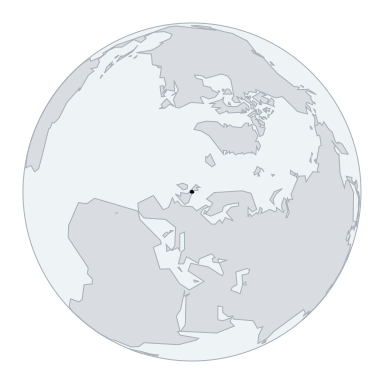 Scottish Borders highlighted on a globe, orthographic projection, rotated 63°
{"feature_id": "GBR-2026", "entity_name": "Scottish Borders", "entity_type": "Unitary District", "adm_level": 1, "iso_a3": "GBR", "parent_name": "United Kingdom", "parent_adm1": "", "projection": "orthographic", "projection_center": [-2.709, 55.532], "detail": "fine", "context": "on_globe", "style": "filled", "palette": "ink", "viewbox_px": 384, "rotation_deg": 63, "n_neighbors": 0, "source": "natural_earth", "source_scale": "10m", "svg_char_len": 10815}
<svg xmlns="http://www.w3.org/2000/svg" viewBox="0 0 384 384"><g transform="rotate(63 192 192)"><circle cx="192" cy="192" r="169" fill="#eef3f6" stroke="#a8b0b8"/><path d="M29.4,237.8L27.4,229.7L27.5,227.6L26.6,222.2L29.6,222.9L30.2,212.7L29.5,208.5L27.9,208.3L26.8,192.3L28.3,182.3L34.4,137.2L37.1,130.4L40.4,125.4L58.9,97.1L43.3,117.5L47.3,109.8L53.7,100.6L53.9,101.5L63.2,91.3L69.1,84.0L82.4,74.3L96.4,71.5L92.3,74.7L96.1,74.0L101.6,70.1L104.3,67.7L125.0,62.2L144.1,53.3L147.4,48.7L148.9,51.4L153.2,41.7L161.7,37.1L153.7,43.6L154.2,45.3L160.9,42.6L162.8,43.8L167.2,43.3L168.9,45.1L164.1,49.1L165.1,50.4L169.8,48.5L174.5,49.3L167.4,51.9L174.9,53.7L168.2,61.4L148.1,68.1L146.0,74.9L129.6,88.8L132.7,89.4L128.5,95.5L130.5,98.6L126.9,100.6L131.7,101.4L134.6,99.0L137.6,98.6L139.1,100.3L134.8,103.0L133.4,102.6L132.9,104.3L130.1,105.0L132.3,105.6L126.8,108.9L134.3,108.2L131.8,113.0L127.6,114.5L125.3,111.0L109.9,106.6L104.9,107.6L100.2,112.3L97.0,127.9L92.7,130.7L88.8,136.8L92.4,136.7L96.7,131.9L102.5,133.6L107.2,127.9L110.2,127.9L116.0,123.6L118.0,128.1L116.8,134.8L112.1,138.6L111.4,141.8L118.3,141.4L111.7,152.1L111.3,165.4L109.2,168.0L101.0,166.6L95.1,158.0L84.5,157.4L94.3,161.8L89.0,168.5L89.4,171.4L91.4,173.6L94.5,172.7L93.3,176.0L83.2,172.5L84.1,169.5L87.3,170.5L84.5,166.6L77.6,164.9L75.5,168.7L67.4,162.9L65.8,165.7L63.2,166.2L66.3,162.1L60.5,169.5L50.7,165.6L42.7,178.2L47.4,163.2L47.2,156.8L46.1,150.5L44.7,152.4L45.3,142.2L42.5,138.0L36.5,143.9L32.3,153.8L32.2,164.1L34.4,163.2L35.6,169.7L29.8,174.7L31.1,188.5L28.2,194.7L27.9,202.1L29.8,207.2L31.3,215.3L34.1,215.4L37.9,220.1L36.2,226.2L39.7,224.5L40.9,231.3L49.4,244.4L48.3,244.7L55.3,262.6L65.6,276.8L68.0,283.6L66.5,284.9L70.6,289.3L70.7,291.0L89.8,307.5L101.6,318.0L102.5,323.1L95.3,323.4L95.0,329.2L83.7,321.7L84.0,321.9L74.5,313.4L65.7,304.3L57.6,294.4L50.3,284.0L43.8,273.1L38.1,261.7L33.3,250.0L29.4,237.8ZM40.0,181.3L41.7,200.4L38.5,193.3L39.5,193.8L39.6,188.1L38.9,179.5L36.7,173.7L40.0,181.3ZM46.0,181.2L45.5,178.4L46.3,180.7L46.0,181.2ZM105.2,66.6L101.5,69.9L95.9,73.1L98.7,70.1L105.2,66.6ZM116.2,61.4L115.1,63.1L110.9,63.3L112.9,62.3L116.2,61.4ZM149.3,45.3L145.9,47.0L148.5,44.9L149.3,45.3ZM167.5,42.9L167.8,42.1L169.9,42.2L167.5,42.9ZM114.6,121.5L115.3,122.6L113.8,122.8L114.6,121.5ZM116.4,118.8L114.2,118.3L114.8,117.0L116.1,117.3L116.4,118.8ZM174.5,45.2L177.8,45.8L173.6,45.8L174.5,45.2ZM119.0,119.7L116.0,114.7L117.1,112.3L123.1,111.6L119.0,119.7ZM179.2,46.6L187.2,48.3L188.6,46.5L189.1,52.8L182.1,49.1L176.8,49.4L179.6,48.0L179.2,46.6ZM134.9,97.5L131.8,100.1L133.0,96.4L134.9,97.5ZM134.9,95.3L134.1,85.1L139.4,82.3L138.6,86.2L144.2,81.5L147.2,85.1L144.7,88.5L140.7,89.5L144.9,90.2L134.9,95.3ZM188.1,56.2L189.4,57.3L187.1,56.9L188.1,56.2ZM139.0,98.2L138.3,96.3L142.8,93.7L144.9,97.0L142.8,96.8L139.0,98.2ZM144.3,78.6L148.0,77.4L151.4,79.9L153.3,79.8L147.7,85.0L144.3,78.6ZM142.5,98.2L145.8,98.8L145.1,101.6L139.9,99.9L142.5,98.2ZM143.1,91.6L145.4,90.6L144.8,92.2L143.1,91.6ZM144.2,112.3L143.3,109.9L145.6,108.3L144.2,112.3ZM147.1,98.9L147.4,97.9L148.2,97.1L150.1,98.1L147.1,98.9ZM150.5,86.5L151.1,87.9L152.9,84.5L155.6,86.5L151.3,89.6L154.3,89.1L155.1,89.7L150.7,91.6L150.5,86.5ZM154.5,96.6L150.1,101.5L151.2,106.2L149.2,107.7L147.8,99.9L154.5,96.6ZM152.7,93.5L153.4,95.7L150.5,96.3L148.3,95.2L152.7,93.5ZM158.8,86.7L155.9,82.9L156.9,82.4L158.8,86.7ZM155.4,97.8L156.5,96.6L155.8,98.1L155.4,97.8ZM158.4,89.9L157.2,88.6L158.4,88.0L158.4,89.9ZM159.6,95.4L158.1,96.9L156.6,96.2L159.6,95.4ZM159.5,92.8L161.4,92.3L156.9,95.0L158.8,92.3L159.5,92.8ZM159.7,89.6L160.1,88.8L160.1,90.2L159.7,89.6ZM166.3,97.6L161.0,101.1L157.5,99.3L163.2,96.1L166.3,97.6ZM351.2,135.3L352.3,139.8L355.2,148.2L355.0,147.7L356.2,152.3L356.3,152.6L354.3,145.9L351.2,141.3L353.2,149.5L351.3,145.9L347.4,145.8L349.2,157.7L353.3,182.1L356.8,192.5L356.9,202.1L349.8,197.5L344.2,190.0L343.1,195.6L334.5,195.9L323.9,213.0L321.1,211.8L319.4,216.5L313.2,219.3L308.4,216.8L305.2,220.7L317.6,227.0L320.9,222.7L321.8,213.6L324.8,217.1L330.7,215.2L328.8,234.2L311.0,265.2L307.1,258.1L282.4,244.8L282.0,241.2L281.8,240.9L281.4,240.4L281.3,246.6L276.3,243.2L291.8,255.7L295.3,262.3L310.8,265.9L309.8,268.3L314.2,267.5L325.4,252.5L325.9,255.3L321.9,273.4L304.5,303.1L305.6,309.6L302.3,316.7L288.8,328.4L287.3,331.0L279.9,335.9L277.7,337.6L274.3,339.6L259.0,347.1L243.0,353.1L243.4,352.9L238.3,353.5L232.1,348.7L238.5,342.7L237.9,338.7L225.7,330.3L228.5,322.7L224.7,320.2L217.2,322.2L212.6,319.0L207.8,319.4L176.5,323.0L165.8,317.2L149.9,297.9L154.7,291.1L153.4,281.6L184.3,249.0L193.3,250.8L220.4,242.2L224.2,242.8L223.7,251.6L246.2,255.5L250.3,246.8L268.0,244.7L278.1,238.8L277.1,221.9L260.5,231.3L255.0,225.4L266.2,211.5L280.3,203.3L278.6,200.7L267.5,199.9L268.5,192.2L263.4,199.1L267.1,200.6L264.0,205.1L260.4,204.1L260.9,201.3L256.0,202.4L254.9,215.8L258.6,218.7L247.2,226.3L252.2,232.1L249.9,236.7L240.5,228.7L239.8,224.6L224.2,217.0L224.0,222.0L238.7,229.6L235.1,229.9L234.9,237.1L232.2,231.8L216.3,222.7L204.5,227.9L193.3,246.6L185.6,248.5L177.4,245.4L177.6,227.9L194.8,225.7L195.1,219.9L188.3,212.1L194.1,212.2L193.5,208.9L199.6,207.7L205.1,198.5L210.9,196.4L209.9,185.9L212.7,183.5L212.5,190.4L215.4,194.2L229.4,189.2L231.2,186.1L229.4,179.8L233.5,179.4L230.0,174.0L236.5,168.3L225.7,170.8L223.3,163.9L225.5,157.0L222.8,155.3L219.2,166.7L219.5,170.9L222.9,173.8L222.0,186.3L217.9,189.6L211.4,178.6L204.8,182.2L202.6,172.5L213.7,146.8L220.0,140.0L236.8,142.2L237.2,147.3L231.3,149.0L239.6,153.4L237.5,150.2L240.9,150.0L239.5,143.8L241.8,143.4L236.5,138.2L239.2,137.1L242.5,140.4L242.8,130.6L247.5,126.9L246.5,124.9L244.0,123.8L251.7,120.0L250.6,118.7L247.6,119.5L243.4,117.5L239.0,112.7L242.0,111.6L243.9,113.2L252.4,115.2L257.2,119.9L258.0,119.0L254.5,114.7L244.1,112.2L240.7,109.6L245.6,110.0L243.5,109.7L242.7,108.1L244.6,105.6L239.2,104.9L226.4,89.9L228.9,83.9L234.7,85.7L228.8,75.1L232.0,69.9L229.3,70.5L224.6,66.2L223.5,67.7L221.9,67.7L209.4,58.3L208.7,55.5L200.2,52.8L198.8,53.2L198.8,55.0L189.1,52.8L188.6,46.5L191.8,45.9L189.3,42.6L197.1,41.8L202.3,39.9L212.2,41.4L215.4,40.0L214.0,38.9L217.5,36.4L229.2,35.6L225.8,40.9L209.3,44.5L216.5,43.3L216.7,45.1L220.4,45.7L225.3,44.8L224.8,43.8L242.0,51.4L257.5,54.3L252.0,49.7L252.7,47.3L265.6,48.2L291.1,61.7L292.3,59.8L295.1,61.1L300.1,65.3L296.2,63.6L297.6,66.4L294.6,64.9L301.3,71.7L297.4,70.0L304.5,76.4L306.2,75.9L301.8,70.3L309.7,77.0L310.3,74.4L314.8,77.4L328.8,93.5L336.3,105.4L337.7,107.4L338.3,109.8L342.7,117.9L344.3,118.8L351.2,135.3ZM176.6,267.2L176.5,270.3L176.6,267.2ZM297.4,201.8L304.4,195.2L297.4,188.9L299.6,185.9L296.4,185.0L296.9,188.5L288.7,185.2L290.3,179.3L287.5,175.8L285.0,177.9L283.3,189.4L295.1,194.0L295.1,199.5L297.4,201.8ZM49.8,244.7L50.6,247.4L49.1,245.4L49.8,244.7ZM36.8,194.8L37.7,197.8L37.8,200.3L36.9,198.4L36.8,194.8ZM47.5,218.7L49.2,222.4L46.9,219.6L47.5,218.7ZM42.3,203.2L46.2,216.0L42.0,211.3L39.7,203.3L41.9,207.3L42.3,203.2ZM43.1,183.5L43.4,185.8L42.5,186.4L43.1,183.5ZM46.6,182.9L46.2,182.3L46.6,180.5L46.6,182.9ZM89.7,168.7L90.4,169.1L91.9,171.7L90.1,171.4L89.7,168.7ZM104.9,178.3L102.7,183.5L103.1,179.5L100.2,179.9L97.3,172.3L108.1,168.9L103.7,171.7L104.9,178.3ZM96.5,161.6L97.1,166.6L96.0,161.3L96.5,161.6ZM183.8,192.9L187.0,194.8L186.1,198.9L178.8,202.2L179.9,196.3L183.8,192.9ZM191.6,196.6L187.2,185.2L191.5,182.9L189.8,186.0L193.2,185.6L191.3,190.7L199.8,200.0L199.7,204.3L186.2,207.7L190.7,204.1L187.4,202.3L191.6,196.6ZM168.1,162.6L166.3,158.4L178.2,158.8L178.6,162.8L171.3,166.2L166.6,163.5L168.1,162.6ZM130.2,119.8L128.7,118.6L129.9,117.8L132.2,118.1L130.2,119.8ZM143.6,111.3L137.9,124.1L135.9,123.4L135.0,132.1L129.4,133.7L130.2,127.9L125.2,135.8L123.7,131.2L120.9,136.9L123.2,123.9L121.7,120.3L125.5,123.6L130.7,122.2L132.5,120.6L136.3,113.3L135.5,105.2L140.5,102.8L144.3,103.3L145.2,104.8L141.7,105.8L145.5,107.2L141.1,109.9L143.6,111.3ZM185.3,113.9L180.8,113.8L187.8,118.3L183.4,120.5L184.5,120.9L182.4,124.2L181.7,129.0L179.3,129.4L180.0,131.2L178.7,133.5L178.9,136.1L174.7,137.8L174.7,141.1L172.7,140.1L173.7,145.4L171.1,142.2L169.1,145.2L172.7,146.7L149.7,151.2L142.0,155.9L137.1,161.8L133.3,156.0L135.4,147.0L140.9,137.7L148.8,134.1L145.6,132.3L148.5,130.1L149.8,132.4L149.5,127.5L152.1,126.4L157.0,119.0L154.9,113.0L156.6,110.2L158.8,112.0L159.0,108.0L164.3,109.6L165.7,107.8L172.2,107.7L175.7,112.4L176.9,110.0L182.0,110.0L185.3,113.9ZM168.2,97.7L173.3,102.6L173.4,106.3L161.9,105.1L159.9,106.5L152.5,106.1L152.5,100.9L154.6,101.4L156.7,100.8L155.9,102.7L158.1,100.7L161.0,101.4L163.5,100.1L164.5,102.0L168.2,97.7ZM227.0,238.7L229.7,238.3L233.5,236.8L233.5,241.4L227.0,238.7ZM216.1,232.7L218.3,231.5L220.1,237.1L217.3,237.6L216.1,232.7ZM217.9,226.4L218.2,231.0L216.4,228.8L217.9,226.4ZM214.4,189.1L216.5,187.6L217.3,188.9L216.9,191.5L214.4,189.1ZM205.1,128.8L202.5,127.9L202.7,126.8L198.9,122.3L201.8,120.5L205.3,122.5L205.1,128.8ZM275.1,226.3L273.2,230.9L271.2,230.4L272.3,228.9L275.1,226.3ZM253.0,237.5L258.8,237.1L252.9,238.8L253.0,237.5ZM207.6,126.1L205.7,124.4L208.4,124.5L207.6,126.1ZM203.8,118.9L206.6,118.6L201.8,119.7L203.8,118.9ZM304.5,318.1L303.5,318.9L304.6,317.7L311.0,309.7L318.0,302.0L322.0,296.0L322.5,297.7L311.0,312.0L304.5,318.1ZM357.2,192.8L359.1,194.8L358.8,198.8L357.2,192.8ZM339.3,109.7L341.2,113.5L340.5,112.5L337.5,107.0L339.3,109.7ZM318.3,80.3L321.3,83.4L322.7,85.0L322.2,84.6L318.3,80.3ZM230.0,110.0L232.0,118.1L235.5,123.1L240.4,124.6L234.3,126.2L229.0,118.4L230.0,110.0ZM226.6,92.4L222.2,91.4L223.4,89.8L224.6,89.7L226.6,92.4ZM224.4,93.3L220.3,96.1L217.4,94.3L221.2,92.4L224.4,93.3ZM214.2,110.8L214.5,113.3L212.4,113.0L214.2,110.8ZM291.3,56.4L289.9,55.9L286.7,53.5L288.6,54.5L291.3,56.4ZM275.2,46.0L285.4,52.8L293.4,58.8L292.5,57.7L297.2,60.7L296.8,61.4L288.8,55.9L283.3,51.7L279.4,49.9L273.5,46.4L270.0,45.8L266.4,44.1L267.9,43.6L275.2,46.0ZM268.7,45.7L260.4,44.1L255.9,40.7L256.7,40.2L262.4,42.3L264.4,44.0L268.7,45.7ZM257.1,42.8L259.0,44.6L250.8,47.7L247.9,47.5L251.8,42.9L253.8,44.3L256.6,44.3L257.1,42.8ZM190.6,56.4L189.5,57.2L189.4,56.0L190.6,56.4ZM221.4,68.7L219.1,68.5L219.1,67.0L221.4,68.7ZM212.7,67.2L214.4,69.1L211.4,67.5L212.7,67.2ZM218.2,73.2L214.5,70.0L219.8,72.5L218.2,73.2Z" fill="#d9dde1" stroke="#a8b0b8" stroke-width="1"/><path d="M193.1,191.2L193.0,191.3L192.9,191.4L192.9,191.5L192.7,191.7L192.7,191.8L192.8,191.9L192.8,192.0L192.9,192.3L192.7,192.3L192.6,192.5L192.4,192.5L192.2,192.8L192.0,193.0L191.9,193.1L191.7,193.2L191.7,192.9L191.7,192.7L191.5,192.8L191.5,192.7L191.5,192.8L191.4,192.7L191.2,192.5L191.0,192.4L190.9,192.3L190.7,192.4L190.7,192.1L190.7,191.9L190.7,191.7L190.9,191.5L190.8,191.4L190.8,191.2L191.0,191.2L191.0,191.3L191.2,191.2L191.2,191.3L191.3,191.4L191.3,191.5L191.4,191.4L191.6,191.2L191.6,191.3L191.7,191.2L191.8,191.2L192.0,191.1L192.3,191.1L192.5,191.0L192.5,190.9L192.9,190.9L193.0,190.9L193.0,191.0L193.1,191.2Z" fill="#0f172a" stroke="#020617" stroke-width="1.5"/></g></svg>